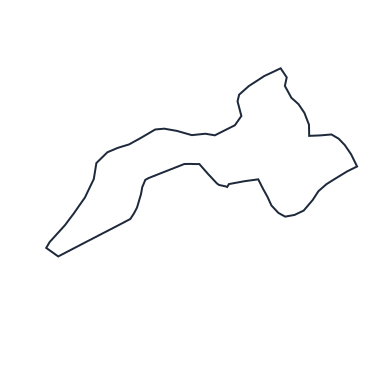 outline of Oshimili South, Delta, Nigeria, rotated 232°
{"feature_id": "59680162B32979491305099", "entity_name": "Oshimili South", "entity_type": "district", "adm_level": 2, "iso_a3": "NGA", "parent_name": "Nigeria", "parent_adm1": "Delta", "projection": "equal_earth", "projection_center": [6.686, 6.129], "detail": "fine", "context": "isolated", "style": "outline", "palette": "slate", "viewbox_px": 384, "rotation_deg": 232, "n_neighbors": 0, "source": "geoboundaries", "source_scale": "gbopen_adm2", "svg_char_len": 1369}
<svg xmlns="http://www.w3.org/2000/svg" viewBox="0 0 384 384"><g transform="rotate(232 192 192)"><path d="M174.3,222.8L175.5,226.0L168.3,239.8L161.2,252.0L150.6,249.9L141.8,248.5L132.4,246.3L122.4,247.2L120.2,248.1L115.2,250.3L110.8,258.7L108.6,268.6L111.4,282.2L114.8,292.1L115.4,302.7L114.3,313.4L112.7,327.1L110.5,337.8L123.8,340.6L134.9,341.3L143.7,340.4L151.5,337.3L157.5,328.1L164.1,318.9L173.0,325.6L185.2,329.3L195.7,330.0L205.1,328.3L218.4,330.5L224.0,337.2L234.9,338.0L238.9,320.3L240.5,302.1L239.7,289.1L235.4,283.7L221.5,277.7L218.2,266.9L222.6,244.9L229.7,238.4L236.9,226.9L249.6,217.6L252.8,214.7L259.0,209.1L262.3,204.0L263.9,201.5L264.3,198.6L264.6,196.3L266.0,185.9L266.5,182.6L268.0,173.3L268.2,171.8L271.6,163.0L272.6,160.3L273.8,155.7L274.8,152.1L275.4,149.7L273.7,134.5L270.1,130.6L269.8,130.3L262.6,122.5L260.6,118.4L256.5,110.1L253.6,104.3L250.5,94.1L248.0,86.1L245.5,76.7L244.1,71.7L240.2,49.0L237.7,42.7L223.6,46.9L218.3,75.4L214.7,94.6L211.4,112.0L209.3,123.5L208.7,126.8L210.8,132.9L212.3,136.3L213.6,139.1L216.0,142.5L218.1,145.4L219.6,147.5L221.4,150.1L224.2,153.3L226.4,155.7L230.3,162.7L229.7,166.4L226.6,176.9L218.8,203.2L214.8,208.4L212.4,211.3L209.5,215.0L195.4,215.8L194.7,215.9L189.0,216.4L183.4,216.9L181.0,217.6L180.6,217.9L180.1,218.3L177.6,220.4L175.8,221.9L174.3,222.8Z" fill="none" stroke="#1e293b" stroke-width="2"/></g></svg>